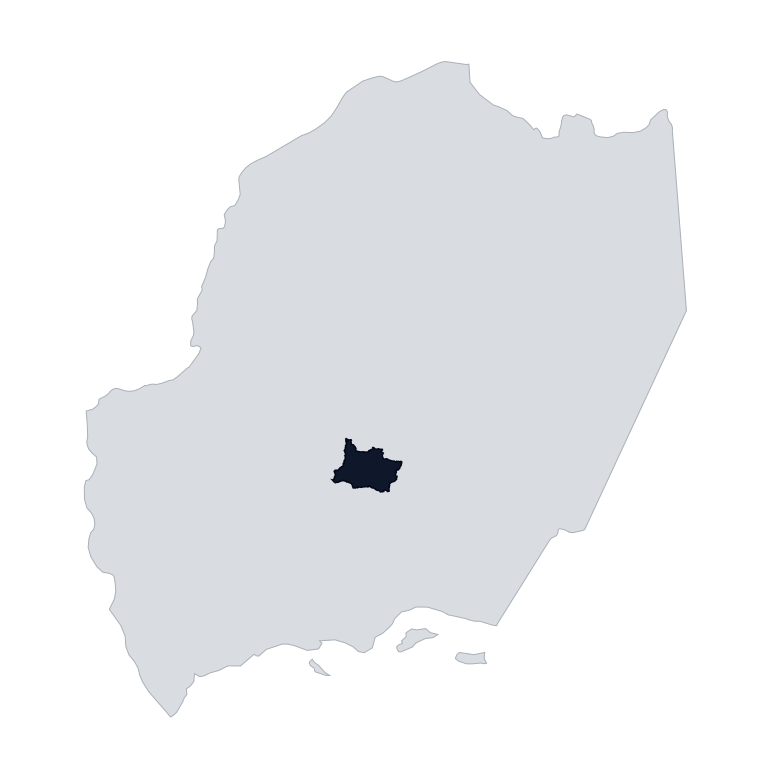 location of Mpwapwa, Dodoma, United Republic of Tanzania, rotated 86°
{"feature_id": "72390352B74757309381442", "entity_name": "Mpwapwa", "entity_type": "district", "adm_level": 2, "iso_a3": "TZA", "parent_name": "United Republic of Tanzania", "parent_adm1": "Dodoma", "projection": "albers", "projection_center": [36.387, -6.763], "detail": "fine", "context": "in_parent", "style": "filled", "palette": "ink", "viewbox_px": 768, "rotation_deg": 86, "n_neighbors": 0, "source": "geoboundaries", "source_scale": "gbopen_adm2", "svg_char_len": 9051}
<svg xmlns="http://www.w3.org/2000/svg" viewBox="0 0 768 768"><g transform="rotate(86 384 384)"><path d="M274.3,559.3L265.0,554.5L256.6,551.6L249.7,548.3L246.6,545.1L240.1,543.9L234.5,543.5L229.3,540.5L218.7,539.5L217.5,537.5L217.3,533.1L215.4,532.0L211.6,530.9L207.4,531.0L204.9,531.6L203.4,531.3L199.9,528.7L196.7,525.5L195.4,520.2L190.5,516.8L184.9,514.2L169.3,514.6L166.9,513.8L163.1,511.2L158.7,506.8L155.2,501.8L152.1,495.0L148.8,485.8L130.5,449.0L128.6,442.1L125.0,434.4L119.1,424.9L113.0,417.9L104.7,411.6L95.3,405.4L90.2,401.1L80.3,383.9L78.2,375.8L76.6,367.4L77.2,363.9L83.0,353.0L83.6,349.9L82.8,345.8L79.7,337.2L75.8,326.7L67.9,307.7L66.7,302.9L66.8,299.3L71.0,279.8L70.9,277.0L88.9,277.2L101.9,268.5L113.2,255.6L115.4,250.3L120.0,242.0L124.5,237.9L126.3,235.1L128.8,226.9L134.7,221.3L140.6,217.0L139.3,214.1L140.2,213.0L143.3,210.8L149.5,208.7L150.7,204.4L150.6,199.6L149.6,196.9L149.7,193.8L148.8,192.1L144.7,191.7L138.6,189.4L133.5,188.4L130.1,187.1L128.8,186.0L128.2,183.1L130.9,175.7L128.1,172.7L134.2,160.3L135.4,158.8L137.6,158.6L141.3,157.2L144.6,156.6L147.3,157.0L149.4,156.5L151.1,155.1L152.6,150.9L153.8,143.9L153.0,138.2L150.3,133.9L149.6,127.2L150.6,118.2L149.7,110.7L146.7,104.8L143.7,101.3L139.2,99.7L131.9,90.7L129.7,86.3L130.0,83.5L132.5,82.3L137.0,82.7L141.3,81.6L145.3,79.1L149.1,78.3L151.2,78.7L331.9,77.2L542.9,193.8L543.8,195.2L545.4,205.3L545.1,208.7L541.8,214.5L540.9,217.6L540.8,219.7L541.6,220.5L544.4,220.8L546.7,222.2L547.6,223.3L549.4,227.7L551.6,229.9L631.2,287.7L633.0,288.6L631.8,293.4L627.3,305.1L627.0,309.9L625.2,315.7L623.5,319.5L618.8,335.9L614.9,342.0L609.6,356.4L608.7,367.5L611.6,375.2L612.6,382.5L618.7,389.6L623.6,392.2L626.9,395.5L632.7,402.9L636.0,410.4L646.5,414.1L650.7,422.5L649.1,428.2L644.2,432.9L639.6,440.6L635.8,450.7L635.7,466.2L638.2,463.9L643.7,467.7L644.4,479.1L638.5,492.3L636.7,498.5L636.4,503.8L640.5,519.8L646.7,527.9L646.2,530.4L644.6,532.5L655.3,546.9L654.3,559.3L658.3,569.0L660.0,577.5L662.6,583.9L663.1,588.3L659.7,593.2L667.6,594.5L672.1,598.6L674.3,602.5L679.9,602.3L683.0,605.0L687.4,607.2L697.1,613.8L699.7,617.0L701.3,620.1L674.3,640.3L664.6,645.5L657.6,647.9L650.2,649.2L643.2,652.4L636.5,657.3L628.0,659.8L617.6,659.8L606.7,663.3L589.6,673.7L579.6,667.9L571.8,666.0L562.8,666.1L557.3,666.8L555.3,668.1L553.6,671.7L552.2,677.5L546.2,683.2L535.9,688.5L526.4,690.5L517.7,689.1L511.8,686.9L508.7,683.7L504.2,682.3L498.2,682.5L492.4,684.8L486.9,689.0L478.2,690.8L466.2,690.2L459.7,688.2L458.8,684.7L453.6,680.6L443.9,675.9L436.8,675.8L432.3,680.3L428.1,683.2L424.4,684.3L421.0,684.5L416.1,683.3L402.8,682.8L390.2,683.0L388.9,676.5L386.3,672.5L384.0,670.1L379.7,669.5L378.5,667.7L377.0,663.6L374.9,660.2L372.0,657.3L370.3,654.6L369.7,652.2L370.1,649.5L372.8,642.7L373.6,638.1L373.3,633.4L371.8,628.6L368.8,622.8L369.1,621.2L368.1,617.3L368.0,614.5L368.6,611.1L368.0,606.6L365.3,597.0L365.3,594.5L362.6,589.9L354.2,578.9L353.8,577.4L340.5,566.4L335.3,564.0L333.4,566.1L332.7,568.0L333.2,571.6L332.9,573.3L332.4,574.1L329.3,574.0L327.3,573.6L322.3,570.7L318.4,570.0L308.8,570.6L305.4,571.3L302.7,570.6L297.6,565.6L291.6,564.5L286.2,564.3L277.3,558.6L274.3,559.3ZM648.2,373.7L652.5,385.9L651.9,388.2L648.8,389.6L647.2,389.7L645.3,387.8L644.0,383.6L641.6,384.6L637.7,379.6L633.7,379.4L630.3,373.5L631.6,368.4L630.9,359.6L635.2,355.2L637.6,347.7L640.4,352.8L640.9,360.8L644.6,370.3L648.2,373.7ZM669.7,301.1L670.0,304.0L669.1,306.7L669.3,315.4L668.9,321.1L665.6,329.1L662.9,331.9L660.5,331.0L658.6,329.7L657.1,327.5L660.3,312.9L658.8,302.2L664.9,303.3L669.7,301.1ZM659.7,477.2L656.6,478.0L655.5,477.2L653.6,474.8L656.9,472.8L660.1,468.9L667.5,463.1L671.0,458.5L670.4,463.0L666.2,472.9L662.6,473.5L659.7,477.2Z" fill="#d9dde1" stroke="#a8b0b8" stroke-width="1"/><path d="M437.7,420.4L437.5,420.5L437.3,421.1L437.3,421.4L437.4,421.9L437.3,423.4L436.5,424.5L436.1,425.3L435.9,425.5L436.0,425.6L436.1,425.8L436.3,425.6L436.6,425.7L437.0,425.5L437.0,425.8L437.3,425.7L437.5,425.9L438.0,425.9L438.2,425.6L438.3,425.5L438.2,425.9L438.3,426.0L438.5,425.9L438.7,426.0L438.9,425.9L439.3,425.8L439.7,425.6L440.2,425.3L440.5,425.7L441.1,425.5L441.4,425.8L441.9,425.8L442.7,426.7L442.9,426.7L443.1,426.7L443.6,426.4L443.8,426.5L444.5,427.0L446.3,427.2L446.5,427.3L446.8,427.7L447.2,428.0L447.3,428.1L447.5,428.3L448.0,428.2L449.3,427.7L450.6,427.4L451.6,427.3L452.5,427.6L452.9,428.1L453.3,427.8L453.4,427.7L454.2,427.6L454.5,427.8L454.9,427.8L455.2,427.7L455.5,427.8L456.5,428.1L456.9,428.1L457.0,428.2L457.0,428.5L457.3,428.8L457.5,428.8L457.8,429.1L458.3,429.3L458.5,429.3L459.1,429.0L459.6,428.9L459.8,429.2L460.0,429.4L460.0,429.9L460.2,430.1L460.9,430.3L461.9,430.2L462.6,430.5L462.9,430.5L463.4,431.4L463.5,431.9L463.7,432.3L463.9,432.6L464.2,432.8L464.3,433.0L464.4,433.3L464.6,433.8L464.9,434.0L465.1,434.3L465.7,434.3L465.9,434.4L465.9,434.6L465.9,434.8L465.9,435.0L466.3,435.3L466.4,435.6L466.5,435.8L467.1,436.8L467.0,437.4L467.0,437.5L466.6,437.8L466.9,438.2L467.0,438.3L466.9,438.4L466.8,438.5L466.7,438.6L466.8,438.8L466.8,439.1L467.1,439.3L467.3,439.4L467.5,439.7L467.9,439.8L468.2,439.4L468.4,439.4L468.6,439.5L468.9,439.4L469.4,439.3L470.2,438.9L470.6,438.9L471.2,438.5L471.3,438.5L471.4,438.9L472.1,439.2L472.8,439.4L473.1,439.5L473.3,439.9L473.5,440.0L474.4,440.0L474.6,440.4L475.4,440.5L475.7,441.1L476.0,441.3L476.2,441.9L476.1,442.2L477.0,441.5L477.9,440.9L478.4,440.3L478.5,440.0L478.9,439.8L479.1,439.5L479.1,439.2L478.9,438.8L478.8,438.1L478.9,436.8L478.7,436.3L478.5,436.2L478.3,436.0L478.2,435.8L478.2,435.6L478.3,435.3L478.2,435.1L478.3,435.0L478.2,434.8L478.1,434.4L477.9,434.4L477.9,434.1L477.8,433.9L477.7,433.7L477.7,433.4L477.7,433.2L477.7,432.9L477.6,432.6L477.5,432.4L477.6,432.2L477.5,431.9L477.5,431.7L477.4,431.4L477.6,431.1L477.7,430.9L477.6,430.7L477.9,430.6L477.9,430.3L477.8,430.2L478.0,429.5L478.3,429.3L478.5,428.8L478.6,428.6L478.7,428.3L478.9,428.2L479.0,428.0L479.2,427.9L479.1,427.5L479.2,427.4L479.3,427.2L479.3,426.8L479.4,426.6L479.5,426.3L479.7,426.2L479.8,425.8L479.9,425.7L479.8,425.4L480.4,424.7L480.5,424.2L480.8,424.0L480.9,423.8L480.9,423.7L481.1,423.4L482.6,422.7L483.8,422.5L484.9,422.2L485.6,421.9L485.5,421.7L485.4,421.2L485.5,420.8L485.5,420.7L485.7,420.4L485.8,420.0L485.6,419.6L485.5,419.4L485.4,419.2L485.5,419.1L485.4,418.7L485.5,418.6L485.4,418.1L485.5,418.0L485.5,417.8L485.6,417.6L485.4,417.3L485.5,417.2L485.4,417.1L485.2,417.1L485.3,416.9L485.2,416.8L485.2,416.4L485.0,416.1L485.1,415.9L485.0,415.6L485.0,415.4L485.1,415.2L485.3,415.0L485.4,414.8L485.3,414.3L485.5,413.9L485.2,413.4L485.3,413.1L485.4,412.7L485.2,412.4L485.1,412.2L485.0,411.9L485.0,411.7L485.2,411.4L485.3,410.8L485.0,409.1L485.0,408.8L485.2,408.6L485.2,408.3L485.3,408.2L485.4,407.9L485.5,407.7L485.4,407.4L485.5,407.1L485.4,406.8L485.2,406.9L485.0,406.7L485.1,406.4L484.8,406.2L484.7,405.5L484.9,405.5L485.2,405.3L485.2,405.0L485.3,404.7L485.8,404.4L485.9,404.2L486.1,404.1L486.1,403.9L486.5,403.6L486.7,403.1L486.9,402.8L487.0,402.1L486.9,401.8L487.0,401.5L488.6,399.7L489.2,399.0L489.5,398.3L489.7,397.8L489.6,397.5L489.7,397.2L490.2,395.9L490.5,395.7L491.2,395.4L491.4,395.1L491.3,394.7L491.4,393.8L491.4,392.9L491.3,392.6L491.2,391.7L490.7,391.7L490.1,391.6L489.9,391.4L489.9,390.5L490.1,389.4L491.4,387.9L491.2,387.8L491.3,387.6L491.2,387.3L491.4,386.9L491.3,386.4L490.7,386.4L489.6,386.4L489.4,386.3L488.4,386.4L487.9,386.2L487.4,385.9L487.0,385.9L486.5,385.7L485.5,385.5L484.8,385.7L484.3,385.5L484.0,385.3L483.5,384.8L482.6,383.6L482.3,382.9L482.1,381.6L481.9,380.8L481.2,379.5L481.0,379.4L480.8,379.1L480.6,379.0L480.2,378.6L480.0,378.4L479.8,378.1L479.2,378.1L478.3,377.9L477.5,377.6L477.2,377.4L477.0,377.5L477.1,377.8L477.1,378.3L477.0,378.5L476.8,378.6L476.4,378.7L475.2,378.7L474.8,378.8L474.4,378.8L473.6,378.3L473.3,377.9L472.2,378.0L471.3,377.9L470.7,377.9L470.7,377.7L470.7,377.1L470.8,376.5L470.7,375.9L470.5,375.5L469.9,375.1L469.2,374.2L467.6,373.7L466.7,372.8L466.3,372.5L465.8,372.5L465.4,372.3L464.3,372.0L463.4,371.8L463.0,371.7L462.7,372.1L462.3,372.5L462.6,373.2L462.6,373.6L462.2,375.2L462.1,376.7L462.0,376.8L462.8,377.9L461.6,379.1L461.6,379.9L461.2,381.9L460.7,382.9L459.9,385.0L459.4,385.5L458.7,386.5L458.7,386.8L458.9,387.3L458.9,387.9L458.9,389.4L458.8,389.6L458.6,389.7L457.6,390.1L457.1,390.5L456.9,390.5L455.1,390.7L453.4,389.9L452.9,389.5L451.0,391.7L450.6,391.6L450.4,391.4L450.1,390.9L449.7,390.1L449.1,390.2L449.0,390.4L448.9,390.8L449.0,391.2L449.0,392.1L448.7,392.6L448.4,393.8L448.2,394.2L448.2,394.4L448.4,394.9L448.5,395.1L448.4,396.9L448.3,397.3L447.7,397.7L447.0,398.4L446.8,398.8L446.5,399.4L446.6,399.7L447.1,399.6L447.9,399.7L448.2,400.3L448.7,401.9L449.2,402.8L449.5,403.8L450.2,404.2L450.6,404.5L450.8,406.2L450.5,407.6L450.6,408.2L450.2,409.1L450.2,411.9L449.6,414.2L449.5,414.6L449.0,415.9L448.9,416.4L448.6,416.9L448.4,417.0L447.0,416.6L446.4,416.5L446.0,416.6L445.0,417.1L444.4,417.4L444.2,417.8L443.6,418.2L442.7,418.6L442.4,419.1L442.1,420.7L441.7,420.8L441.0,420.9L440.4,420.8L438.8,421.0L437.9,420.8L437.8,420.5L437.7,420.4Z" fill="#0f172a" stroke="#020617" stroke-width="1.5"/></g></svg>